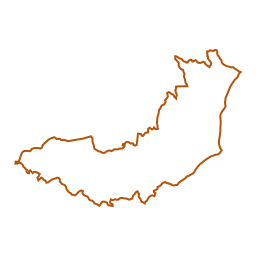 the district of Jaguaripe, Brazil
{"feature_id": "56859067B34110890821904", "entity_name": "Jaguaripe", "entity_type": "district", "adm_level": 2, "iso_a3": "BRA", "parent_name": "Brazil", "parent_adm1": "", "projection": "robinson", "projection_center": [-39.007, -13.088], "detail": "fine", "context": "isolated", "style": "outline", "palette": "amber", "viewbox_px": 256, "rotation_deg": 0, "n_neighbors": 0, "source": "geoboundaries", "source_scale": "gbopen_adm2", "svg_char_len": 5069}
<svg xmlns="http://www.w3.org/2000/svg" viewBox="0 0 256 256"><path d="M90.9,136.3L83.1,138.6L68.3,141.1L67.1,141.1L65.9,140.3L64.2,139.9L62.8,140.1L61.3,140.2L59.9,138.8L58.3,138.9L56.6,139.0L55.4,137.9L54.2,137.2L52.8,137.8L51.3,138.2L49.7,139.0L48.4,139.7L47.1,141.0L45.7,142.3L44.1,143.6L42.6,145.4L42.2,146.9L41.6,148.0L40.3,148.6L38.4,148.0L36.9,148.1L35.0,148.0L33.2,148.4L31.7,149.0L30.9,150.5L29.1,151.3L27.5,150.8L26.2,151.0L24.4,150.9L23.3,151.5L22.2,152.4L21.1,154.8L19.7,159.2L18.8,161.3L17.4,161.7L15.7,161.7L15.4,163.6L16.9,163.7L18.5,162.9L20.1,162.8L21.5,163.7L22.7,164.9L23.4,166.8L24.7,167.7L25.6,169.0L26.9,169.9L26.5,171.3L27.3,172.8L28.8,173.3L29.1,171.1L30.2,170.3L31.6,171.8L32.7,173.1L34.0,171.9L35.6,171.9L37.7,172.8L39.7,173.9L38.9,175.9L37.4,177.6L37.9,178.8L38.4,180.3L39.8,179.0L41.2,177.7L43.0,178.5L43.6,179.8L45.4,180.6L46.3,182.7L48.2,182.4L49.6,181.2L50.9,180.3L52.1,179.5L53.4,179.0L54.8,178.6L56.0,178.2L57.4,177.7L58.6,177.9L59.8,179.2L59.9,181.5L60.7,182.5L62.0,183.9L63.5,184.6L64.9,185.2L66.2,186.9L66.4,188.9L67.3,190.3L68.3,191.7L69.6,192.6L71.1,193.5L71.7,194.6L73.2,194.8L74.8,195.4L76.5,194.3L77.6,192.9L78.7,191.8L80.1,190.9L81.5,190.5L82.8,190.9L82.5,192.8L83.3,194.6L84.9,195.6L86.0,196.1L87.5,196.5L88.6,198.3L89.5,199.8L90.5,200.4L92.2,200.7L93.6,201.7L94.2,203.3L95.7,203.7L97.6,204.6L99.3,205.8L100.2,204.9L101.0,203.7L101.7,202.6L102.6,201.7L104.0,201.6L105.7,201.9L107.1,202.8L107.6,204.4L108.8,205.3L110.8,205.8L112.6,206.0L112.6,204.3L111.3,203.7L110.1,202.9L110.3,201.0L110.8,199.4L112.7,200.3L114.0,199.6L115.2,199.2L116.6,199.8L118.1,199.7L119.3,198.7L120.3,198.0L121.9,197.8L123.2,198.1L124.4,198.5L126.0,198.4L127.7,199.1L129.3,199.7L131.0,198.9L132.4,198.5L132.6,197.2L133.2,195.6L134.6,194.0L135.5,192.8L136.4,191.8L137.5,191.4L138.1,192.8L139.0,194.0L138.8,195.7L139.1,197.4L140.3,198.5L141.0,200.4L141.5,201.9L142.8,202.1L144.7,203.4L145.5,201.6L147.1,200.6L147.8,198.9L148.7,197.6L150.0,196.4L151.6,195.4L153.1,195.6L154.4,196.1L154.9,194.8L155.4,193.1L154.1,192.3L153.9,190.7L155.2,190.3L156.4,189.8L157.5,188.7L157.6,186.9L159.5,186.2L161.0,185.1L162.0,183.6L163.6,182.7L165.2,182.0L166.8,183.3L168.3,183.2L170.0,184.1L171.2,184.4L172.5,185.2L174.0,185.5L175.5,185.1L176.7,185.0L177.8,184.5L178.5,183.1L179.7,182.0L181.2,180.9L182.6,180.0L184.3,179.0L185.5,178.0L186.4,177.0L187.6,176.2L189.6,175.4L191.5,174.2L193.3,173.3L194.6,171.6L195.4,169.8L196.3,168.8L197.0,167.8L197.8,166.6L198.8,165.5L200.2,164.0L202.0,162.7L203.4,161.4L204.8,160.4L206.5,159.2L208.0,158.2L209.6,157.1L210.9,156.5L212.3,156.0L213.6,155.5L215.0,154.9L216.2,154.6L217.8,154.5L219.4,153.5L221.7,150.5L220.9,149.3L219.5,146.1L218.9,143.3L218.9,141.1L219.6,137.2L220.4,130.7L220.4,128.0L220.7,122.9L220.6,120.5L220.3,115.8L220.8,113.8L221.9,111.8L224.0,109.0L225.6,106.4L225.1,103.8L225.1,101.7L225.3,100.3L225.7,97.7L227.6,93.3L229.1,89.5L229.8,87.7L231.2,85.1L233.8,81.2L234.8,79.7L236.3,78.4L237.6,77.1L238.2,75.5L239.0,73.6L240.6,72.1L239.0,71.4L236.5,69.7L235.0,68.8L233.3,67.3L231.3,67.4L229.9,67.0L228.8,66.5L227.0,66.3L225.4,65.5L224.1,64.8L223.1,64.0L221.8,62.5L221.4,60.3L220.1,58.7L219.4,57.4L218.4,55.9L217.6,54.9L217.1,53.4L217.4,51.9L216.5,50.1L214.8,50.0L213.4,51.0L211.9,50.7L210.0,50.3L208.6,51.4L207.1,51.4L207.1,52.8L207.5,54.2L207.3,56.1L208.1,57.2L208.0,58.7L209.3,60.3L210.4,61.7L211.2,63.2L210.8,64.8L210.0,65.6L209.4,67.0L207.9,66.1L206.5,65.0L205.2,63.8L204.8,62.4L203.1,61.7L201.6,62.5L199.9,63.0L198.5,62.8L197.3,62.2L196.6,61.0L195.6,60.2L194.0,61.0L192.4,61.6L191.4,59.8L189.7,60.0L188.4,61.0L187.8,62.3L186.6,62.7L185.7,61.9L184.1,61.5L182.7,60.4L181.9,59.2L180.2,58.5L178.9,58.2L177.1,56.7L175.3,56.2L175.2,59.0L176.7,60.4L177.7,61.7L178.7,62.4L178.7,64.3L178.7,66.0L179.3,67.2L180.3,68.3L181.3,69.3L182.8,69.7L183.7,72.1L184.4,74.2L183.9,76.2L184.5,77.9L185.1,80.3L185.5,82.4L186.2,83.7L187.0,84.9L187.3,86.2L176.1,86.5L176.0,88.5L175.3,90.4L175.9,92.6L176.6,94.1L176.7,95.5L176.1,96.9L176.1,98.5L174.6,97.2L173.9,95.5L173.1,94.5L171.8,94.3L170.4,93.0L168.6,92.1L167.2,93.0L167.5,94.7L167.9,96.3L167.1,97.9L166.1,99.1L165.1,100.2L165.6,101.7L165.0,103.2L164.2,104.4L163.0,104.9L161.9,105.5L161.0,106.4L160.5,108.3L159.2,109.6L158.8,111.9L158.4,114.2L157.8,116.1L157.3,118.3L157.1,121.5L156.9,123.0L157.4,125.4L157.5,127.2L157.8,128.9L156.1,129.2L154.9,128.6L154.0,127.4L153.4,128.7L152.0,129.4L150.6,128.6L149.7,127.7L148.2,128.8L148.1,130.7L148.0,132.4L146.8,132.5L145.2,133.0L144.0,134.7L142.9,136.0L141.7,135.7L141.0,134.1L139.4,133.7L138.0,133.7L136.7,144.9L134.9,145.6L133.6,145.0L133.2,143.6L132.0,143.3L130.7,143.6L129.1,142.3L127.1,141.9L125.7,142.5L124.9,143.8L123.2,143.9L122.7,145.4L124.5,145.7L123.7,147.4L122.3,148.5L120.5,148.6L118.8,148.8L117.7,149.4L116.0,149.4L114.2,149.2L112.8,150.4L111.5,151.2L110.2,150.5L108.6,150.5L106.3,151.6L105.0,152.7L103.4,152.9L102.0,152.7L101.0,151.9L99.9,151.5L98.6,151.3L97.5,150.6L96.3,149.8L94.7,149.1L94.1,147.3L94.0,145.9L93.4,144.3L92.8,142.6L92.5,141.2L92.6,139.6L92.2,138.0L90.9,136.3Z" fill="none" stroke="#b45309" stroke-width="2"/></svg>